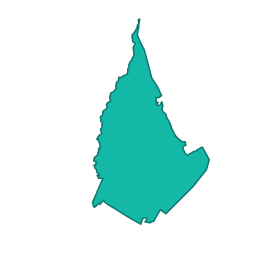 outline of Sascut, Bacau, Romania, rotated 67°
{"feature_id": "2599482B20264955777633", "entity_name": "Sascut", "entity_type": "district", "adm_level": 2, "iso_a3": "ROU", "parent_name": "Romania", "parent_adm1": "Bacau", "projection": "orthographic", "projection_center": [27.041, 46.192], "detail": "fine", "context": "isolated", "style": "filled", "palette": "teal", "viewbox_px": 256, "rotation_deg": 67, "n_neighbors": 0, "source": "geoboundaries", "source_scale": "gbopen_adm2", "svg_char_len": 5647}
<svg xmlns="http://www.w3.org/2000/svg" viewBox="0 0 256 256"><g transform="rotate(67 128 128)"><path d="M187.9,189.8L187.0,187.1L186.0,184.1L186.3,183.9L187.3,183.6L185.0,178.9L187.4,178.2L190.7,176.3L192.5,174.9L195.4,173.0L196.0,172.5L196.1,172.2L196.3,172.2L196.8,171.9L199.1,170.2L205.7,165.7L206.0,165.3L207.0,164.8L214.5,159.3L221.5,153.8L220.6,153.1L219.5,151.9L218.0,150.9L217.6,150.4L217.2,149.5L217.0,148.9L217.1,148.1L217.4,147.2L217.9,146.2L218.6,145.7L220.2,147.5L220.6,148.1L220.9,149.0L223.0,146.2L223.9,144.6L223.7,141.8L223.7,140.9L223.9,140.6L219.9,135.6L219.1,134.4L217.8,132.9L216.6,131.3L216.2,130.0L221.7,126.6L207.3,91.0L197.0,72.0L188.9,65.6L177.5,66.7L174.4,67.0L174.5,67.0L174.5,67.5L174.8,69.8L175.1,73.0L175.5,73.2L175.9,73.2L175.7,75.8L175.2,76.8L175.4,77.0L175.5,78.1L175.9,80.0L175.9,81.3L176.2,83.9L173.9,85.3L168.9,85.4L167.6,85.3L166.6,83.9L166.4,82.8L166.5,81.5L165.2,81.3L163.7,80.7L162.8,81.1L162.7,81.3L162.3,82.9L161.8,83.3L161.1,84.1L160.5,84.3L160.7,84.5L154.6,87.1L154.4,87.3L154.4,87.1L152.4,87.4L151.3,87.6L149.7,87.6L146.1,87.9L146.1,88.2L144.7,88.1L144.0,87.9L143.8,87.6L143.3,87.8L143.1,87.7L142.6,87.5L137.1,87.6L135.9,87.9L134.1,88.2L134.0,88.5L133.7,88.2L132.8,88.1L131.4,87.9L131.3,88.1L130.9,88.1L130.3,87.8L130.0,87.8L129.7,88.0L129.4,88.0L129.3,88.3L128.9,88.3L128.3,88.8L127.7,89.0L127.4,89.3L127.1,89.5L126.9,89.4L126.5,89.3L125.2,89.4L124.8,89.4L124.5,89.5L124.1,89.2L123.9,89.2L123.1,88.9L122.5,88.2L121.7,87.6L120.8,87.2L120.6,87.0L120.4,87.0L120.2,87.2L119.1,87.1L118.1,86.7L117.7,86.4L117.6,86.5L117.8,86.7L117.5,87.5L118.2,87.9L118.3,88.1L119.1,88.7L119.3,89.5L119.4,89.8L119.1,91.0L118.4,92.4L116.3,91.6L116.5,90.9L116.5,90.4L116.1,90.4L116.0,90.9L115.9,91.2L115.8,91.3L115.8,92.0L114.9,92.0L114.5,91.7L113.6,91.2L112.5,91.0L111.8,90.6L111.3,90.5L110.8,90.2L111.3,89.7L111.5,89.3L111.5,88.8L112.1,87.9L111.8,86.4L111.3,84.5L103.2,84.6L100.0,85.0L91.6,86.6L90.0,86.4L68.6,83.3L64.0,82.7L62.3,82.4L60.5,82.7L58.6,82.8L57.8,82.9L57.3,82.8L55.5,82.9L54.5,83.2L54.2,83.2L53.7,83.0L53.0,83.1L51.6,83.0L51.1,83.1L47.0,83.2L45.7,82.8L41.7,80.4L40.9,79.8L40.6,79.6L40.2,79.2L39.5,78.7L38.7,78.5L38.2,78.4L38.1,78.2L36.3,77.2L34.9,76.3L34.2,75.9L33.3,75.2L32.5,74.8L32.1,74.3L32.4,76.0L33.1,76.5L33.7,76.7L34.4,76.7L35.2,77.0L35.5,77.0L35.9,77.3L36.4,77.9L37.1,79.2L39.6,80.8L39.8,81.0L40.4,82.1L41.2,82.9L41.5,83.6L42.4,84.7L42.8,85.4L43.2,86.0L43.8,87.4L43.9,87.9L44.0,88.0L44.8,88.1L45.2,88.3L45.5,88.4L46.0,88.9L46.3,89.0L47.5,89.1L48.0,89.0L48.4,89.1L48.7,89.2L49.3,89.7L49.7,89.8L50.9,89.7L52.2,88.8L52.8,88.5L53.4,88.5L53.9,89.0L54.2,89.4L54.5,90.3L55.2,91.1L55.7,91.3L55.9,91.5L56.2,92.0L57.4,92.1L58.6,92.6L59.7,92.8L60.7,93.2L62.3,93.4L63.0,94.0L64.1,94.8L64.4,95.1L64.9,96.2L65.2,96.6L65.8,97.1L66.6,97.6L67.0,98.0L67.9,100.4L68.9,101.0L69.9,102.4L70.2,102.6L70.9,102.6L71.9,103.2L72.9,104.4L73.3,104.7L73.9,105.3L75.0,105.7L76.1,106.3L76.8,106.4L77.2,106.9L77.4,107.5L77.7,107.9L78.6,108.6L78.3,109.6L78.0,110.7L78.1,111.9L78.1,112.1L78.4,112.4L78.8,114.7L78.6,115.3L78.0,115.9L77.8,116.3L77.8,116.6L77.9,116.9L78.3,117.2L79.4,117.4L79.6,117.7L80.0,117.8L80.5,118.1L81.1,118.9L81.4,119.9L81.3,120.5L81.5,120.7L82.4,121.3L83.3,121.5L83.7,122.1L84.6,122.9L85.4,123.1L86.4,123.2L87.1,123.8L87.7,124.9L88.4,125.9L88.9,126.8L88.9,127.8L88.9,128.4L88.8,128.7L88.9,129.4L88.9,129.7L89.6,130.6L90.0,130.8L90.5,131.2L91.0,131.4L91.4,131.8L91.7,132.4L92.1,132.4L92.4,132.6L92.6,132.8L93.2,133.0L93.9,133.0L94.4,133.4L94.6,133.5L96.0,133.3L96.3,133.7L96.8,134.0L96.9,134.5L96.9,134.8L96.5,136.0L97.6,138.4L98.0,138.7L98.3,138.8L98.9,139.1L99.1,139.1L99.4,138.8L99.8,138.7L100.3,138.8L100.7,139.0L101.8,140.5L101.9,141.0L102.3,142.0L102.5,143.7L102.9,144.6L103.5,144.9L103.8,145.2L104.5,145.4L105.7,145.8L106.2,146.7L106.6,148.3L106.8,148.8L107.0,149.0L107.6,149.2L108.4,149.5L109.1,149.5L109.7,149.3L110.7,150.3L111.3,150.6L112.2,149.6L112.5,149.5L112.9,149.4L113.4,149.6L114.6,150.8L114.9,150.9L115.6,150.9L116.3,151.4L117.1,151.7L117.9,152.5L118.1,153.3L118.5,153.7L119.9,154.1L121.6,154.3L122.2,154.2L122.5,154.2L122.9,154.6L123.2,155.2L123.3,155.7L123.3,156.6L123.4,157.3L123.6,157.5L124.3,158.9L124.8,159.6L125.9,160.8L126.0,161.1L126.9,160.7L127.0,160.6L127.0,159.7L127.8,160.0L128.7,160.0L129.8,160.3L131.0,160.2L131.7,160.3L132.4,160.2L133.0,160.3L134.0,161.0L134.1,160.9L135.4,161.6L135.6,161.3L135.8,161.4L135.7,162.1L135.3,162.9L135.4,163.1L135.8,163.1L136.1,163.3L136.6,163.2L136.7,163.3L137.1,163.3L137.5,163.7L137.6,164.3L138.0,164.5L138.4,164.4L138.7,164.5L138.9,165.1L139.2,165.3L139.3,165.5L139.5,165.6L139.5,165.8L140.2,166.1L140.7,166.0L140.7,166.4L140.9,166.7L141.0,166.8L141.2,167.2L141.3,167.8L141.5,168.0L141.6,168.7L141.6,169.0L141.7,169.5L142.0,169.9L142.0,170.2L142.3,170.6L142.8,170.9L142.8,171.2L142.9,171.3L143.5,171.2L143.7,171.4L143.9,171.5L144.1,171.7L144.3,172.1L145.0,172.4L146.1,170.9L146.5,170.9L146.8,171.0L147.2,170.8L147.9,171.0L148.1,171.4L148.1,171.6L148.9,171.9L149.1,172.5L149.1,173.0L149.0,173.6L149.0,173.9L149.4,173.9L149.5,174.0L149.9,174.0L150.2,174.1L150.7,173.9L151.8,174.0L152.1,174.0L152.4,174.0L152.5,173.8L152.7,173.7L154.2,173.2L155.0,173.4L155.8,174.0L157.8,173.6L158.9,173.5L159.5,172.8L159.7,173.2L160.1,173.4L160.5,173.4L160.4,173.8L160.1,174.0L159.7,174.0L159.7,174.9L163.0,174.7L163.2,173.9L163.7,172.4L164.4,171.2L164.6,170.8L165.3,171.8L167.0,173.4L168.5,175.1L169.3,175.6L170.3,177.0L172.4,178.9L172.8,179.5L174.0,181.0L174.3,181.2L175.4,181.7L175.7,182.2L176.7,183.5L180.5,187.5L182.2,189.5L182.7,189.7L184.8,190.0L185.6,190.3L186.2,190.4L186.6,190.3L187.9,189.8Z" fill="#14b8a6" stroke="#0f766e" stroke-width="1.5"/></g></svg>